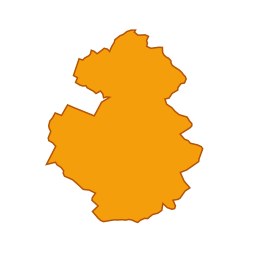 outline of Nova Petrópolis, Rio Grande do Sul, Brazil, rotated 104°
{"feature_id": "56859067B53198529950841", "entity_name": "Nova Petrópolis", "entity_type": "district", "adm_level": 2, "iso_a3": "BRA", "parent_name": "Brazil", "parent_adm1": "Rio Grande do Sul", "projection": "equal_earth", "projection_center": [-51.1, -29.372], "detail": "fine", "context": "isolated", "style": "filled", "palette": "amber", "viewbox_px": 256, "rotation_deg": 104, "n_neighbors": 0, "source": "geoboundaries", "source_scale": "gbopen_adm2", "svg_char_len": 1899}
<svg xmlns="http://www.w3.org/2000/svg" viewBox="0 0 256 256"><g transform="rotate(104 128 128)"><path d="M41.5,114.1L42.3,117.8L45.1,125.0L44.3,129.6L40.9,129.7L38.7,131.2L36.7,130.8L34.1,130.3L33.5,133.8L35.5,140.8L33.5,145.0L31.2,144.4L32.3,148.7L34.6,152.3L38.5,155.4L40.3,158.0L45.6,162.1L48.1,162.0L52.9,163.5L55.6,164.0L58.2,164.4L56.5,166.9L56.4,170.4L58.2,171.7L63.4,175.9L61.9,179.2L61.4,182.4L65.6,182.4L67.6,183.7L70.3,186.7L73.0,188.4L72.7,192.2L86.3,193.3L90.3,193.6L91.4,189.2L96.5,189.9L98.0,184.9L98.2,182.0L97.1,179.1L98.8,177.4L100.7,170.3L102.3,167.4L98.8,163.7L101.0,160.7L104.6,159.0L103.0,156.2L102.7,153.3L109.4,159.9L124.4,163.7L123.4,170.6L121.4,185.0L120.2,192.2L122.6,192.9L131.9,195.5L131.0,202.3L136.4,203.7L140.2,205.5L144.9,205.5L147.0,204.6L150.1,202.1L157.0,203.0L159.4,201.8L160.5,197.6L163.3,193.7L183.1,198.3L178.8,190.1L180.8,188.1L182.5,183.3L185.1,180.1L187.6,179.9L190.1,178.0L191.6,169.2L194.6,163.4L198.4,156.6L197.6,150.6L199.1,143.8L204.3,145.8L206.9,145.5L210.8,138.1L217.6,142.3L222.6,135.3L224.3,132.2L224.8,129.1L223.5,126.2L221.8,122.3L220.5,119.3L219.8,116.0L218.4,111.4L217.9,107.9L216.6,105.3L216.3,101.8L217.0,98.6L217.3,95.7L214.7,93.9L211.8,90.3L211.1,86.9L208.6,85.2L205.9,83.1L203.5,78.5L199.8,75.3L192.8,75.9L195.8,70.5L196.2,65.6L194.9,63.3L192.1,63.1L187.2,66.9L185.2,62.3L183.5,60.5L175.4,57.4L171.1,53.5L166.0,60.7L158.5,66.5L154.4,60.8L143.5,51.3L140.4,51.6L135.9,51.1L130.1,50.5L128.4,52.4L127.6,56.3L127.7,63.8L125.7,66.6L125.2,70.4L121.3,76.0L112.8,67.9L110.6,66.6L108.4,67.1L106.1,70.3L103.1,73.3L102.7,81.6L100.4,86.5L97.7,90.3L95.6,96.2L91.0,99.2L89.0,95.4L83.8,93.6L79.1,88.9L76.8,89.3L72.2,87.4L70.7,84.1L66.4,83.4L64.3,84.8L62.9,87.0L60.9,89.5L59.3,92.4L58.3,95.4L57.5,97.9L56.4,100.4L54.6,101.9L52.3,102.7L50.5,105.4L49.9,108.1L48.5,110.7L46.3,112.7L41.5,114.1Z" fill="#f59e0b" stroke="#b45309" stroke-width="1.5"/></g></svg>